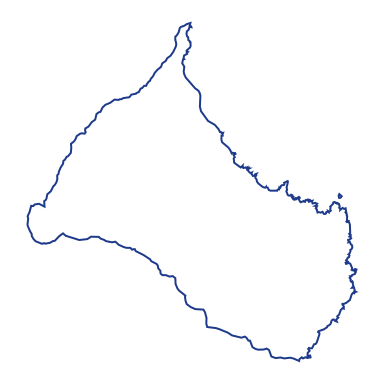 Santo Antonio Das Pombas, Paul, Cabo Verde (Mercator projection)
{"feature_id": "66160863B53098387752451", "entity_name": "Santo Antonio Das Pombas", "entity_type": "district", "adm_level": 2, "iso_a3": "CPV", "parent_name": "Cabo Verde", "parent_adm1": "Paul", "projection": "mercator", "projection_center": [-24.994, 17.119], "detail": "fine", "context": "isolated", "style": "outline", "palette": "blue", "viewbox_px": 384, "rotation_deg": 0, "n_neighbors": 0, "source": "geoboundaries", "source_scale": "gbopen_adm2", "svg_char_len": 5993}
<svg xmlns="http://www.w3.org/2000/svg" viewBox="0 0 384 384"><path d="M27.6,216.3L28.2,218.5L27.5,224.4L27.8,226.0L30.0,231.2L31.7,234.0L31.8,236.1L33.7,239.3L35.7,241.3L42.0,243.8L44.2,243.1L45.3,243.7L50.3,242.7L52.9,241.1L54.8,240.8L59.4,236.0L63.0,233.4L65.8,235.8L79.3,240.0L87.3,239.1L91.1,236.7L98.8,236.9L100.6,238.6L104.2,239.9L105.9,241.1L112.0,242.3L115.4,241.7L118.6,244.7L123.6,247.0L126.2,247.8L130.4,247.9L132.1,249.7L133.8,249.1L135.0,249.3L135.4,250.7L136.3,251.4L143.5,255.0L150.2,259.4L151.1,261.1L156.7,264.0L157.8,265.6L158.2,268.2L160.4,270.9L160.5,273.3L161.3,274.3L162.4,275.1L166.1,275.2L169.6,276.6L172.7,276.1L175.3,278.1L175.6,284.1L177.5,288.6L179.4,290.9L185.4,295.6L185.0,297.0L185.6,301.0L186.7,304.1L190.8,307.1L195.3,309.1L203.4,309.6L205.0,312.3L206.5,317.9L206.3,323.6L207.2,327.0L216.0,328.1L219.4,329.2L227.9,332.7L232.0,335.4L241.5,337.7L244.8,336.6L246.4,337.7L248.4,340.6L250.0,340.7L252.5,347.2L255.7,349.0L258.4,349.7L263.8,349.5L266.5,348.6L269.0,350.0L271.4,356.5L275.7,358.1L280.4,357.5L284.3,358.4L290.2,357.7L293.8,358.6L299.1,361.0L299.5,359.1L301.8,357.3L303.0,358.4L305.3,357.3L307.4,358.0L310.3,357.4L309.9,356.8L310.4,356.2L310.1,355.5L307.5,355.9L307.7,352.8L309.6,350.9L308.2,349.0L309.0,347.9L310.2,348.4L312.1,348.2L314.0,344.3L315.6,344.0L316.8,342.4L319.4,334.3L319.4,333.0L318.1,332.1L318.5,331.2L323.8,329.4L327.0,327.3L327.2,326.3L329.5,325.0L330.7,323.7L331.6,320.6L332.7,319.6L333.8,319.5L334.9,320.9L336.8,321.6L336.0,319.9L338.2,317.7L337.6,317.4L337.2,316.4L339.1,314.6L340.8,309.9L342.7,308.1L343.8,308.6L343.8,306.4L342.5,304.7L342.5,303.9L343.9,303.9L346.3,302.8L349.9,300.0L351.7,294.4L353.1,292.8L354.2,293.3L354.7,292.2L355.9,291.8L354.9,291.3L354.1,291.7L354.7,290.1L354.0,287.6L352.0,287.8L353.4,286.0L352.8,284.0L352.8,282.0L352.4,281.4L351.8,282.0L351.0,281.6L350.5,280.5L350.8,279.5L349.6,277.9L350.6,276.9L350.2,276.2L351.6,276.2L352.1,275.0L354.9,274.0L355.7,272.3L354.8,271.7L356.2,270.6L356.5,269.5L355.0,269.0L353.9,270.0L352.3,270.3L351.6,269.8L352.2,268.3L350.3,263.8L348.8,263.0L346.1,263.9L345.6,262.7L347.6,261.5L346.1,260.4L347.2,259.1L347.3,258.3L348.9,257.2L348.7,256.8L349.5,255.7L349.1,254.5L348.6,254.3L349.6,253.3L350.4,251.5L350.3,249.9L351.4,249.3L352.3,247.7L352.1,245.3L350.9,244.4L349.9,242.1L348.5,242.3L348.9,241.6L348.1,240.4L348.1,239.9L349.9,239.5L351.1,238.3L350.5,237.8L350.7,236.5L349.5,236.4L350.6,234.8L349.2,233.8L350.2,232.8L349.9,224.5L348.9,221.9L346.9,222.1L346.5,221.6L347.6,220.8L346.9,220.7L347.2,216.2L346.7,215.7L346.9,214.3L346.0,213.2L346.3,212.5L345.6,212.1L346.1,211.6L345.6,208.3L344.1,208.9L342.6,207.9L340.2,209.9L340.3,208.7L339.2,207.7L339.7,206.3L339.0,204.1L338.5,204.2L337.9,203.3L337.1,203.5L337.0,202.9L335.6,203.0L335.5,202.4L334.3,202.0L333.4,202.3L332.8,204.1L330.2,206.7L330.6,207.5L330.2,209.3L330.8,210.6L330.5,211.1L329.4,211.6L328.0,210.9L328.4,212.2L327.5,211.7L326.2,212.2L325.9,213.6L324.8,214.0L323.7,213.8L322.6,211.8L320.7,212.6L318.7,212.1L317.5,212.5L316.9,209.8L316.4,209.5L316.5,208.2L315.9,208.0L317.0,206.1L315.3,205.9L316.5,205.3L316.4,204.2L317.0,203.7L315.2,202.9L312.6,203.5L312.0,201.7L312.4,200.8L309.7,201.5L310.3,200.3L310.0,200.0L308.8,201.4L307.8,200.3L308.5,199.7L307.9,199.5L307.5,200.3L306.1,199.9L305.8,200.3L306.4,200.9L305.5,200.5L305.1,201.8L303.7,201.5L304.4,200.6L300.9,202.3L300.1,201.7L298.7,199.0L298.6,198.4L299.7,197.8L298.9,196.9L297.7,197.7L297.9,198.3L296.2,198.1L296.7,198.9L296.3,199.3L294.3,199.7L294.1,198.9L293.2,199.1L292.2,197.6L292.9,197.6L293.6,195.8L292.9,196.6L292.1,195.9L292.2,195.2L291.1,194.7L290.4,195.5L288.8,195.6L287.8,195.0L286.3,191.2L287.1,189.9L286.6,187.2L287.8,182.7L287.4,181.8L288.4,180.7L284.1,182.8L284.5,183.9L283.9,185.0L281.7,185.3L280.8,186.2L280.3,187.8L279.7,187.8L279.4,188.6L279.1,188.0L278.8,189.0L277.3,190.0L277.2,190.7L270.5,190.7L268.8,190.0L267.7,187.6L266.0,187.3L266.0,186.9L265.2,187.7L262.9,187.1L258.4,183.5L256.9,181.5L256.6,179.5L255.4,177.9L255.2,176.6L256.3,175.5L256.0,174.6L256.5,173.8L255.1,174.3L254.6,175.7L252.9,176.0L251.4,173.5L251.8,172.6L250.6,173.2L248.5,171.3L247.7,169.4L249.1,168.6L248.5,168.6L248.6,168.3L247.2,169.1L247.5,167.2L246.1,167.9L245.7,167.4L243.4,168.0L243.1,167.2L242.3,167.1L242.6,165.7L240.7,167.5L234.2,162.7L233.7,158.4L234.8,157.2L233.5,154.8L235.3,154.0L234.9,153.6L235.8,152.8L234.2,153.2L232.3,152.7L231.6,153.3L230.4,150.4L228.6,147.8L222.1,142.2L221.4,139.6L221.5,135.6L222.7,135.6L222.6,134.0L223.1,132.8L221.6,133.0L220.9,132.0L220.0,132.0L218.6,129.2L214.9,124.9L208.0,120.9L201.0,111.2L199.9,106.6L200.4,95.6L199.6,92.7L198.3,90.6L195.2,88.4L185.8,77.6L184.3,74.4L183.7,71.6L184.3,66.7L182.2,63.2L183.0,59.6L184.2,59.1L183.5,58.3L184.1,55.5L187.1,53.9L186.7,52.8L187.9,51.9L186.7,51.3L186.6,50.6L190.0,47.5L190.6,46.0L190.5,42.3L189.9,42.2L189.8,41.2L188.4,40.1L188.1,37.2L187.0,36.2L186.5,33.5L186.9,31.3L188.7,29.7L189.6,26.8L191.4,27.2L191.1,26.3L189.6,26.0L190.4,23.0L186.7,24.1L184.4,25.7L180.8,27.0L179.8,28.0L178.6,32.5L176.7,35.5L175.3,36.7L175.3,39.8L176.3,44.0L175.8,46.6L173.3,51.8L170.6,55.7L167.2,58.2L165.7,61.0L162.2,63.4L161.1,66.8L157.5,69.7L154.7,72.9L153.0,76.3L150.8,78.8L149.9,81.0L148.7,81.6L147.0,83.9L146.2,85.8L144.2,85.8L142.1,88.1L140.6,88.6L138.9,92.0L136.2,93.2L136.0,93.7L131.4,94.6L129.4,97.2L123.2,98.1L121.5,99.2L119.8,99.2L118.7,99.9L114.5,99.6L110.2,102.8L105.4,104.8L102.6,107.4L100.5,111.8L98.8,112.3L96.5,114.0L95.2,119.6L91.6,122.3L88.6,126.5L85.3,128.5L85.1,130.7L85.7,132.2L84.6,133.7L82.0,133.3L80.3,133.6L76.6,136.2L75.6,139.0L74.0,141.4L71.0,143.8L71.3,147.8L70.8,152.9L68.0,156.3L66.5,156.9L65.0,159.6L63.4,160.9L63.0,163.9L60.6,167.6L58.9,171.6L58.5,173.9L57.2,175.4L57.3,179.2L56.4,182.3L54.9,184.8L53.3,186.3L50.8,191.3L47.3,194.3L46.5,198.4L45.8,199.9L44.2,201.2L44.5,206.6L39.0,203.8L34.6,204.5L33.2,206.1L31.2,205.8L29.6,211.9L27.6,216.3ZM341.7,196.3L339.3,194.1L338.6,195.7L339.1,197.9L340.5,197.8L341.7,196.3Z" fill="none" stroke="#1e3a8a" stroke-width="2"/></svg>